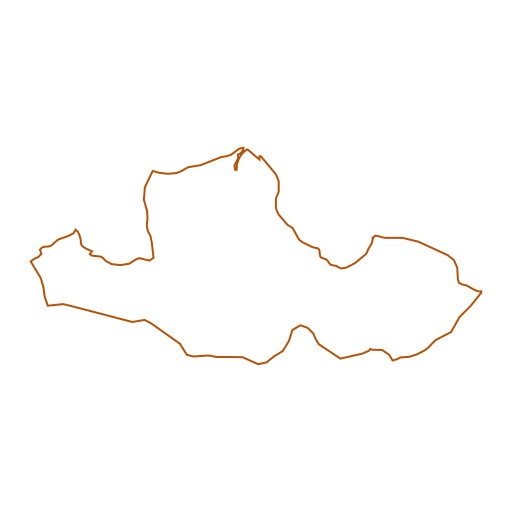 the Province of Samsun
{"feature_id": "TUR-2296", "entity_name": "Samsun", "entity_type": "Province", "adm_level": 1, "iso_a3": "TUR", "parent_name": "Turkey", "parent_adm1": "", "projection": "robinson", "projection_center": [35.998, 41.292], "detail": "fine", "context": "isolated", "style": "outline", "palette": "amber", "viewbox_px": 512, "rotation_deg": 0, "n_neighbors": 0, "source": "natural_earth", "source_scale": "10m", "svg_char_len": 2175}
<svg xmlns="http://www.w3.org/2000/svg" viewBox="0 0 512 512"><path d="M152.7,170.9L158.7,172.7L167.9,173.8L176.5,173.1L180.7,171.4L188.2,167.2L200.5,165.2L221.4,157.0L226.2,156.3L230.9,154.9L239.0,148.8L243.4,147.8L243.4,149.5L242.5,151.0L241.4,152.5L239.9,153.7L237.9,154.5L238.2,158.2L234.4,165.7L235.1,169.8L236.6,169.8L237.0,163.9L238.9,158.6L241.6,154.2L244.5,151.3L246.6,149.7L247.6,149.5L259.5,159.6L259.5,156.3L260.9,156.3L275.9,174.3L278.7,181.2L278.7,191.2L278.0,193.6L276.3,197.6L276.0,198.8L275.8,206.7L276.6,210.4L278.7,214.6L287.5,224.8L292.7,228.1L299.1,239.7L302.3,242.1L312.3,247.1L318.0,248.4L319.0,249.5L319.6,251.3L319.7,253.9L320.4,256.8L322.0,258.0L324.2,258.6L326.5,259.6L327.6,260.8L329.6,263.7L330.6,264.6L332.6,265.3L336.3,265.8L338.0,267.1L341.7,268.5L346.7,267.4L355.0,263.1L365.5,254.5L367.2,252.2L367.8,249.9L370.6,245.4L371.3,243.9L371.7,243.4L373.0,238.2L372.6,237.9L375.2,235.7L377.9,236.0L381.3,237.1L385.5,237.9L402.7,237.9L418.4,241.7L447.9,255.3L454.0,260.2L457.3,267.9L457.8,278.6L458.9,282.8L462.3,284.5L466.5,285.4L474.1,289.7L478.0,291.3L481.3,291.3L481.2,292.7L470.7,305.9L459.6,316.9L451.1,332.0L435.4,340.2L427.5,348.3L424.6,350.4L417.1,354.3L409.3,356.8L400.7,357.4L396.8,359.3L392.6,360.5L389.0,354.6L382.1,350.0L371.6,349.7L370.3,348.9L369.0,350.7L362.2,353.7L340.3,358.6L318.8,344.2L315.7,339.1L313.2,333.4L307.6,327.8L300.4,325.3L292.4,330.0L288.9,341.1L282.8,351.0L273.8,356.6L266.6,362.3L258.2,364.2L242.6,357.2L216.2,356.9L208.6,355.5L193.4,356.5L186.8,354.8L180.0,343.8L151.2,323.4L144.6,319.9L132.4,322.0L70.6,305.9L63.1,304.1L47.8,305.7L44.7,296.7L43.4,287.3L40.9,278.3L30.7,261.4L33.9,259.1L38.4,256.9L41.4,254.0L40.0,249.7L41.9,247.7L43.9,246.8L48.9,246.5L51.3,245.5L57.9,239.7L68.4,235.9L73.5,233.3L75.7,229.7L77.8,231.7L79.5,235.3L80.7,239.6L81.0,243.9L82.4,246.2L85.4,248.3L92.0,251.3L89.8,254.2L91.7,255.6L100.7,256.6L102.4,257.5L105.8,261.0L111.9,264.2L120.6,265.1L129.2,263.7L135.2,259.9L135.4,259.7L139.3,258.1L149.5,260.6L153.5,257.8L151.9,243.2L150.5,236.1L147.8,231.1L146.8,225.5L147.5,218.4L147.1,211.3L143.9,199.6L144.9,187.3L152.7,170.9L152.7,170.9Z" fill="none" stroke="#b45309" stroke-width="2"/></svg>